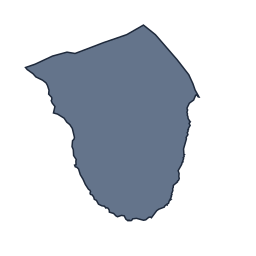 outline of South East Ambrym, Malampa, Vanuatu, rotated 71°
{"feature_id": "77236927B97442931027551", "entity_name": "South East Ambrym", "entity_type": "district", "adm_level": 2, "iso_a3": "VUT", "parent_name": "Vanuatu", "parent_adm1": "Malampa", "projection": "orthographic", "projection_center": [168.254, -16.302], "detail": "medium", "context": "isolated", "style": "filled", "palette": "slate", "viewbox_px": 256, "rotation_deg": 71, "n_neighbors": 0, "source": "geoboundaries", "source_scale": "gbopen_adm2", "svg_char_len": 1889}
<svg xmlns="http://www.w3.org/2000/svg" viewBox="0 0 256 256"><g transform="rotate(71 128 128)"><path d="M35.7,79.9L39.3,98.8L39.3,123.3L40.3,153.8L36.4,161.0L35.4,175.9L37.4,195.1L37.4,205.2L39.9,204.3L45.8,200.1L49.7,198.5L55.0,193.2L58.7,190.8L61.6,190.3L66.6,190.4L70.1,192.0L74.2,190.2L75.9,190.6L77.2,191.7L79.9,191.5L83.9,190.1L89.5,193.6L91.9,190.1L97.9,185.2L102.5,184.0L105.9,181.9L110.3,180.8L119.5,181.7L121.0,182.7L122.0,184.6L127.4,187.0L130.7,186.8L136.3,188.4L141.1,187.2L142.1,188.0L145.8,189.1L145.7,190.6L147.5,190.5L148.6,189.1L150.7,188.1L156.6,188.3L161.8,187.2L167.5,186.7L173.1,185.3L174.4,184.3L176.0,184.1L177.2,185.1L178.5,185.1L179.7,183.6L182.2,182.9L184.4,183.1L186.2,181.4L190.4,180.7L193.0,178.1L194.3,175.7L196.5,175.0L196.4,174.0L197.4,173.0L199.4,172.5L201.5,173.0L204.1,169.4L207.2,168.0L208.5,166.8L208.5,162.6L209.8,160.2L213.5,159.7L215.7,158.2L215.4,157.1L216.0,157.0L216.5,155.5L216.6,154.7L215.4,153.2L216.2,149.4L220.3,143.3L220.6,141.1L219.2,137.4L219.5,135.8L220.5,135.1L215.5,127.7L214.8,125.3L214.6,119.4L213.8,118.8L213.0,116.7L213.5,116.1L212.7,115.9L212.4,114.2L210.4,112.8L209.7,111.0L209.2,111.3L209.2,110.6L208.8,110.9L206.8,109.2L206.3,109.4L205.3,108.1L204.4,108.3L201.8,106.0L199.7,105.5L199.1,104.7L197.0,103.8L195.1,98.8L194.5,98.7L193.9,97.3L192.5,96.0L190.3,95.7L187.7,94.5L184.7,94.5L180.0,89.2L178.2,88.0L177.9,87.0L177.3,87.2L175.1,85.4L174.1,85.5L173.4,84.3L171.7,83.9L171.5,83.3L171.0,83.7L165.9,82.3L157.3,76.3L155.8,76.1L153.8,73.5L151.6,73.5L150.8,72.4L149.1,71.9L149.2,71.4L147.8,70.8L145.8,68.4L143.7,68.8L142.5,67.2L142.1,67.7L141.7,67.3L138.7,68.1L136.4,67.6L135.3,67.8L133.8,67.1L132.3,67.2L130.3,65.7L129.3,66.0L128.0,65.4L124.5,61.9L122.9,56.8L119.1,53.4L118.9,52.4L121.4,51.5L121.8,50.8L113.8,52.2L107.2,52.2L97.4,53.2L79.5,59.3L48.7,71.7L35.7,79.9Z" fill="#64748b" stroke="#1e293b" stroke-width="1.5"/></g></svg>